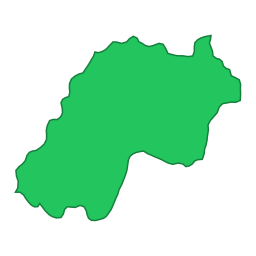 outline of Córrego Novo, Minas Gerais, Brazil
{"feature_id": "56859067B96564983338004", "entity_name": "Córrego Novo", "entity_type": "district", "adm_level": 2, "iso_a3": "BRA", "parent_name": "Brazil", "parent_adm1": "Minas Gerais", "projection": "natural_earth1", "projection_center": [-42.444, -19.834], "detail": "fine", "context": "isolated", "style": "filled", "palette": "green", "viewbox_px": 256, "rotation_deg": 0, "n_neighbors": 0, "source": "geoboundaries", "source_scale": "gbopen_adm2", "svg_char_len": 2048}
<svg xmlns="http://www.w3.org/2000/svg" viewBox="0 0 256 256"><path d="M211.0,35.5L205.0,36.6L200.4,38.2L197.6,39.8L194.9,42.8L194.3,46.9L194.3,51.6L192.7,56.0L188.3,56.6L182.5,55.8L178.2,55.8L175.2,55.4L171.9,54.5L168.0,53.5L165.7,48.6L163.0,44.2L159.0,43.4L155.6,44.6L152.3,45.9L148.8,46.5L145.1,45.4L142.1,43.3L138.9,41.8L137.1,38.1L133.3,36.3L129.6,38.6L126.7,41.9L121.7,43.4L116.8,42.1L113.0,41.9L109.7,45.4L105.7,49.6L101.8,51.7L98.1,52.7L94.9,52.0L93.7,55.9L91.6,59.3L89.8,62.5L87.3,66.5L84.9,70.0L83.0,72.9L79.1,74.0L75.1,76.0L71.4,79.1L69.5,83.7L69.4,88.0L69.8,92.6L68.7,96.6L65.4,97.7L62.6,99.4L61.0,102.9L62.2,108.0L62.5,112.6L61.0,116.5L57.2,119.6L53.3,119.4L49.6,120.6L47.4,125.4L46.3,130.2L46.6,135.1L46.5,139.5L44.2,144.1L40.5,147.5L36.2,150.4L32.4,151.1L29.4,152.3L27.0,155.4L25.2,160.8L22.1,164.3L19.1,166.6L15.9,170.5L16.5,176.3L18.2,181.2L17.8,188.1L15.4,192.2L19.9,192.2L23.6,194.9L25.7,198.4L28.5,202.1L31.1,204.9L34.2,206.8L37.7,206.7L39.8,203.6L42.6,207.3L45.4,211.0L48.9,214.5L52.2,216.6L56.3,217.9L61.0,217.5L63.3,214.1L64.6,209.4L67.4,206.7L70.9,207.1L75.3,207.4L80.1,205.4L84.1,206.8L86.2,210.6L87.2,214.8L88.6,218.3L91.3,220.3L95.5,220.5L100.2,219.3L103.6,218.3L106.2,216.4L108.4,213.5L111.2,209.4L113.9,203.2L115.7,198.6L117.6,194.7L119.2,189.3L121.7,184.6L123.7,179.6L125.5,174.8L126.9,170.3L127.7,164.9L128.4,159.9L130.1,156.2L132.9,154.0L136.1,152.5L140.2,151.5L143.6,151.1L147.7,153.7L151.1,155.1L154.4,156.6L159.0,158.5L162.1,159.9L165.2,161.6L168.3,163.1L172.7,164.3L178.0,163.1L182.7,163.9L185.9,166.6L189.1,166.0L192.3,164.0L194.8,160.9L197.7,159.7L202.3,159.3L204.2,153.6L204.6,149.2L206.1,144.8L207.0,140.3L207.4,136.3L208.4,130.0L208.0,125.0L210.3,120.6L213.9,116.5L217.2,112.6L219.3,107.0L222.5,103.7L226.9,102.9L231.4,102.1L235.7,102.3L240.3,100.4L240.6,94.0L240.4,88.6L240.6,84.3L239.3,79.9L235.5,77.7L231.3,75.8L229.6,69.6L225.9,68.3L223.3,65.8L222.2,61.6L219.4,59.1L216.4,58.5L213.0,55.8L212.5,51.4L211.2,47.7L209.4,43.1L210.5,39.4L211.0,35.5Z" fill="#22c55e" stroke="#15803d" stroke-width="1.5"/></svg>